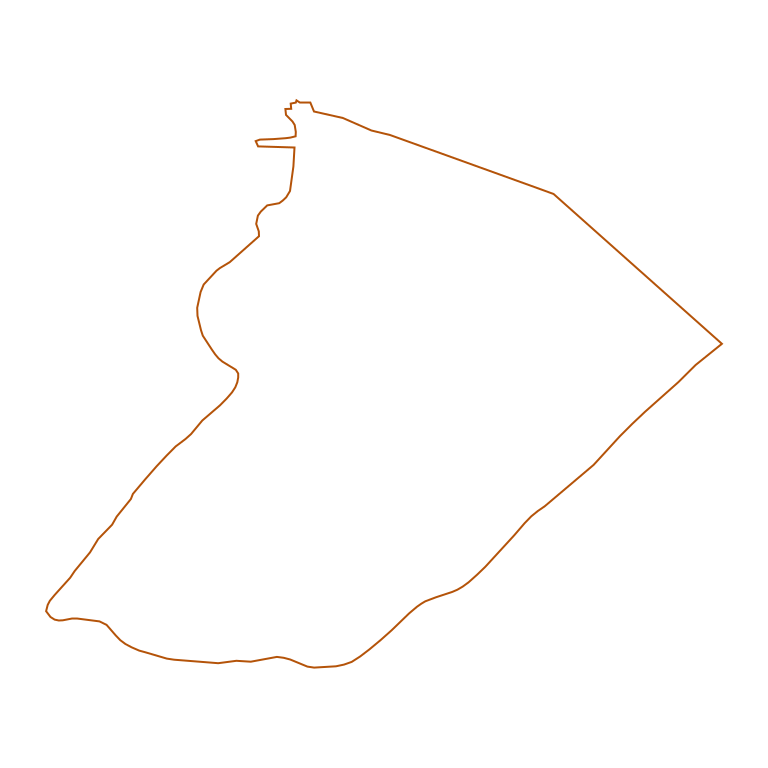 the district of Ngermasech, Palau
{"feature_id": "81905179B83677896294556", "entity_name": "Ngermasech", "entity_type": "district", "adm_level": 2, "iso_a3": "PLW", "parent_name": "Palau", "parent_adm1": "", "projection": "albers", "projection_center": [134.129, 6.897], "detail": "fine", "context": "isolated", "style": "outline", "palette": "amber", "viewbox_px": 768, "rotation_deg": 0, "n_neighbors": 0, "source": "geoboundaries", "source_scale": "gbopen_adm2", "svg_char_len": 1684}
<svg xmlns="http://www.w3.org/2000/svg" viewBox="0 0 768 768"><path d="M296.5,100.4L295.8,102.6L290.7,103.6L291.2,108.8L285.4,109.0L286.0,114.9L292.5,121.5L294.7,125.0L295.8,131.9L295.6,136.3L290.3,137.6L285.6,138.2L273.4,139.1L259.9,139.6L255.7,141.1L258.1,146.4L294.5,147.5L293.4,166.5L290.0,191.0L286.2,197.3L282.7,200.6L279.2,203.2L267.2,205.4L260.8,211.6L257.9,215.6L256.2,223.9L258.8,231.4L259.0,236.2L229.8,262.1L220.0,268.0L216.5,270.7L203.7,284.5L200.6,292.0L197.2,307.8L197.5,315.9L201.0,330.2L202.8,335.7L211.8,349.5L215.2,354.4L218.5,358.3L222.4,361.6L235.8,369.8L238.2,373.5L238.2,377.5L237.3,382.3L235.3,387.3L232.0,392.4L226.7,398.5L220.0,405.3L202.3,420.5L191.0,434.1L185.5,439.0L175.7,446.4L166.6,455.6L156.5,466.4L145.4,479.1L132.9,493.9L130.9,499.0L116.7,516.6L112.1,524.7L98.2,539.0L90.0,552.4L74.7,571.0L70.2,577.7L54.8,594.8L49.9,600.7L47.7,604.9L46.1,611.2L50.5,617.0L54.6,619.6L58.8,620.5L62.8,620.3L72.2,618.5L76.9,618.5L99.5,621.4L106.6,624.9L115.7,635.4L120.3,640.2L125.4,644.0L131.6,647.3L139.2,650.6L145.4,652.3L166.8,658.6L174.1,659.7L218.2,663.2L236.4,660.8L250.8,661.7L276.9,656.9L283.7,657.8L290.2,659.5L307.4,666.6L314.1,667.6L336.0,666.3L344.0,664.6L351.7,661.9L360.1,656.5L369.4,649.4L380.7,640.0L391.6,630.3L409.1,613.4L416.9,606.8L421.3,603.7L425.3,601.3L435.9,597.3L452.3,591.9L457.4,589.7L462.7,586.6L468.7,582.2L477.1,574.7L485.3,566.8L514.3,535.2L524.7,523.1L531.3,516.3L537.7,511.1L544.8,506.2L593.6,464.9L619.9,436.2L632.3,423.8L645.0,411.8L678.4,382.1L695.6,365.0L721.9,343.8L553.6,194.0L544.3,190.6L390.0,135.0L371.4,130.5L342.9,118.0L314.0,111.5L310.3,102.5L299.8,102.5L296.5,100.4Z" fill="none" stroke="#b45309" stroke-width="2"/></svg>